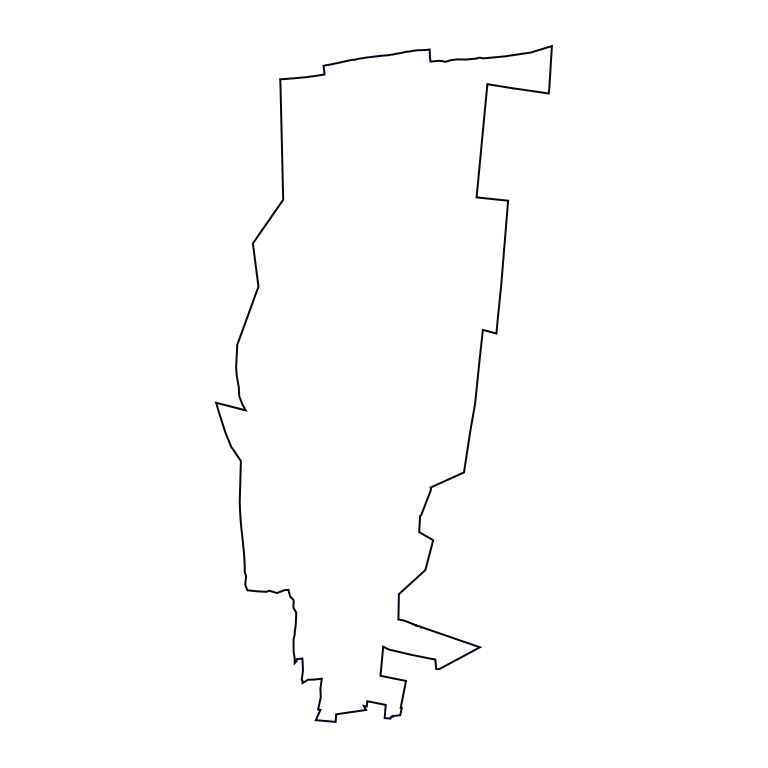 Ixil, Yucatán, Mexico (Robinson projection)
{"feature_id": "50627088B50740950401551", "entity_name": "Ixil", "entity_type": "district", "adm_level": 2, "iso_a3": "MEX", "parent_name": "Mexico", "parent_adm1": "Yucatán", "projection": "robinson", "projection_center": [-89.477, 21.229], "detail": "fine", "context": "isolated", "style": "outline", "palette": "ink", "viewbox_px": 768, "rotation_deg": 0, "n_neighbors": 0, "source": "geoboundaries", "source_scale": "gbopen_adm2", "svg_char_len": 3009}
<svg xmlns="http://www.w3.org/2000/svg" viewBox="0 0 768 768"><path d="M464.0,472.4L465.7,461.1L470.3,431.1L475.1,403.8L479.3,362.7L480.7,349.7L482.9,329.9L496.4,333.5L498.3,313.5L501.2,285.4L508.1,200.7L476.6,197.4L484.8,111.2L487.4,84.2L512.2,88.2L512.3,88.2L548.8,93.5L548.9,92.1L549.5,85.5L551.9,46.1L530.9,52.5L504.8,56.4L484.0,58.3L481.9,58.2L480.1,57.7L478.1,57.9L476.5,58.6L466.3,59.5L464.1,59.5L456.9,59.4L450.6,60.2L446.9,61.4L444.8,61.8L442.9,61.2L438.3,60.8L436.5,61.0L432.8,61.4L430.4,61.4L430.3,59.9L429.9,57.0L429.9,55.3L429.7,52.6L429.7,49.5L426.2,50.0L424.5,50.0L421.5,50.2L418.0,50.2L415.8,50.5L414.3,50.7L412.7,50.9L408.7,51.6L405.9,51.8L401.4,53.0L397.8,53.5L394.7,54.1L392.6,54.6L390.5,54.8L387.3,55.3L384.5,55.5L379.2,56.0L374.5,56.6L369.3,57.2L364.9,57.8L362.6,58.2L359.7,58.6L356.0,59.4L354.5,59.9L353.0,59.8L351.1,60.1L349.0,60.5L346.8,60.9L344.2,61.6L342.0,62.0L340.0,62.5L337.4,63.1L335.4,63.4L331.2,64.4L325.7,65.3L323.6,65.8L324.5,74.5L321.7,74.9L318.9,75.4L314.1,76.1L310.2,76.6L306.0,77.2L302.5,77.5L297.3,78.0L294.4,78.3L290.6,78.5L288.0,78.8L285.3,79.0L283.5,79.1L280.2,79.3L280.4,83.2L280.5,85.7L283.2,199.8L252.9,243.4L256.2,269.2L258.5,286.7L255.2,295.5L250.2,309.3L241.2,334.1L239.0,340.1L237.2,344.8L237.2,346.3L236.8,353.1L236.5,359.5L236.2,365.3L236.1,367.1L236.7,375.2L238.8,387.5L239.2,396.0L242.2,404.0L245.7,410.4L216.1,402.8L219.4,413.8L225.3,432.3L231.4,447.3L232.8,448.9L240.9,461.1L240.6,471.1L240.2,485.7L239.7,502.1L240.1,511.8L241.0,524.8L242.1,534.7L244.1,554.2L244.7,565.0L244.8,572.2L246.1,576.2L245.2,584.7L247.4,590.3L258.1,591.4L266.3,591.8L269.5,590.8L276.7,593.0L278.3,592.6L279.6,591.9L281.2,591.5L284.6,590.1L288.5,589.9L288.7,591.0L288.9,591.8L289.2,593.1L289.3,593.1L289.9,595.5L290.3,596.8L292.1,598.3L293.2,599.7L293.6,600.5L293.8,602.0L293.4,604.8L293.5,606.6L293.5,607.5L293.8,608.4L294.5,609.6L295.8,611.9L296.1,612.5L296.2,614.3L295.8,623.8L295.6,625.9L294.8,631.7L294.6,635.0L293.6,639.4L293.6,651.4L294.9,659.8L294.6,660.7L294.7,663.1L296.6,661.1L297.1,659.1L302.4,658.6L302.9,667.7L302.9,671.3L301.7,679.9L302.5,680.5L302.5,682.0L302.5,682.3L302.6,682.6L302.6,683.0L308.0,679.8L308.2,679.7L311.8,679.7L317.1,679.3L321.8,678.7L320.4,688.7L320.8,697.3L318.1,709.5L320.4,709.9L315.8,720.2L316.1,720.2L335.6,721.9L336.2,714.3L356.2,711.4L366.1,710.0L363.8,705.8L366.8,706.3L367.3,701.3L370.6,701.9L385.7,704.9L384.7,718.1L390.5,718.5L390.7,717.3L391.9,716.7L392.5,716.8L392.5,716.1L400.2,715.2L401.8,708.1L400.7,707.9L406.0,680.9L402.8,680.3L380.5,675.8L383.2,646.7L388.8,649.5L409.5,654.4L411.2,654.8L429.7,658.5L432.7,659.1L435.3,659.5L436.2,669.1L439.5,669.0L479.9,647.3L422.2,627.4L421.8,627.4L421.4,627.5L421.4,627.2L421.3,626.9L419.5,626.4L416.2,625.8L416.2,625.1L413.4,624.5L413.4,624.2L403.9,620.5L398.4,619.5L398.9,594.2L412.8,581.5L412.9,581.4L425.4,570.0L433.1,540.6L433.2,540.4L433.2,540.2L419.2,532.1L420.1,516.0L421.1,515.3L430.7,490.6L431.0,489.0L430.6,487.5L464.0,472.4Z" fill="none" stroke="#020617" stroke-width="2"/></svg>